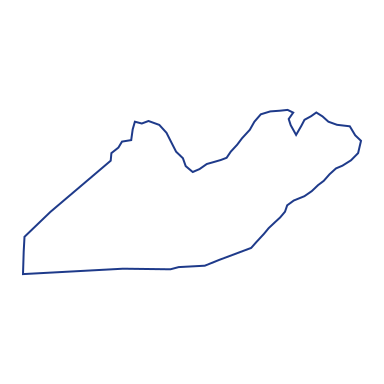 Pirpirituba, Paraíba, Brazil
{"feature_id": "56859067B65222656498348", "entity_name": "Pirpirituba", "entity_type": "district", "adm_level": 2, "iso_a3": "BRA", "parent_name": "Brazil", "parent_adm1": "Paraíba", "projection": "robinson", "projection_center": [-35.474, -6.788], "detail": "fine", "context": "isolated", "style": "outline", "palette": "blue", "viewbox_px": 384, "rotation_deg": 0, "n_neighbors": 0, "source": "geoboundaries", "source_scale": "gbopen_adm2", "svg_char_len": 1009}
<svg xmlns="http://www.w3.org/2000/svg" viewBox="0 0 384 384"><path d="M361.0,140.8L355.2,135.3L349.8,126.3L337.0,124.8L328.4,121.7L322.5,116.4L316.3,112.5L311.1,116.2L304.5,119.8L301.3,125.9L296.1,134.9L290.7,125.2L288.7,119.0L293.2,112.6L287.6,109.9L280.1,110.7L270.3,111.4L260.8,114.3L254.4,121.7L249.8,129.8L242.0,138.3L237.1,144.8L230.8,151.6L226.6,157.8L220.8,160.0L212.5,162.4L206.8,164.0L199.5,169.1L192.7,172.0L185.7,166.1L182.9,158.2L176.1,151.7L171.4,142.5L166.5,132.8L159.3,124.9L148.5,121.0L141.8,123.5L134.9,121.7L132.7,129.3L131.2,140.1L122.0,141.6L118.4,147.6L111.4,153.1L110.7,160.7L50.5,211.8L39.9,222.0L24.5,236.8L23.7,251.6L23.0,274.1L71.3,271.5L123.1,268.7L170.4,269.3L178.7,267.1L204.8,265.7L219.2,259.9L251.2,247.9L256.5,241.9L264.0,233.8L268.7,228.1L275.4,221.8L280.1,217.5L285.0,211.7L287.2,205.3L293.8,200.5L304.4,196.2L311.8,191.1L318.2,185.0L323.7,180.9L329.6,174.2L336.0,168.4L342.4,165.7L351.0,160.3L358.1,153.1L361.0,140.8Z" fill="none" stroke="#1e3a8a" stroke-width="2"/></svg>